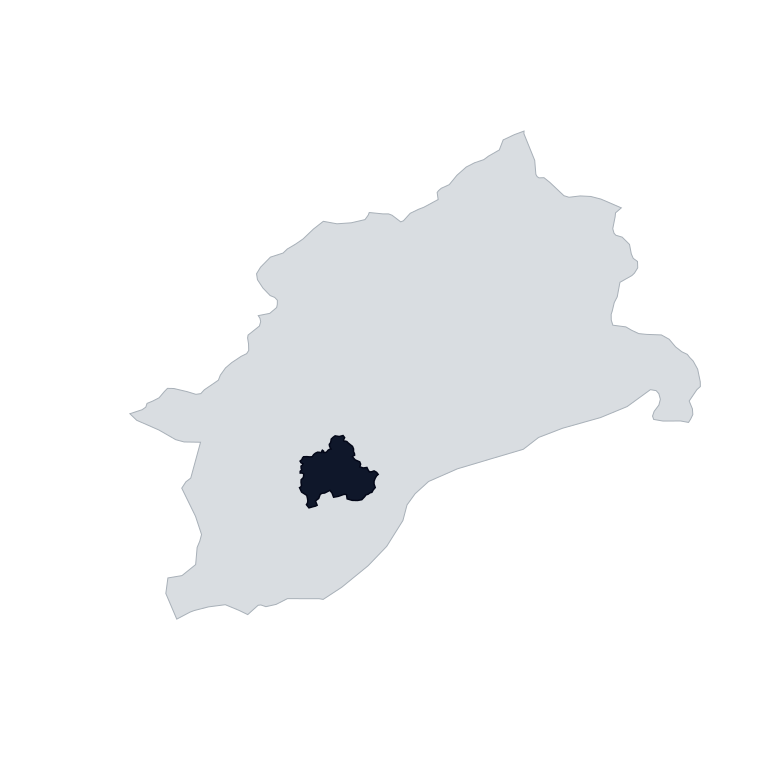 Targovishte on a map of Bulgaria (Robinson projection), rotated 153°
{"feature_id": "BGR-2257", "entity_name": "Targovishte", "entity_type": "Province", "adm_level": 1, "iso_a3": "BGR", "parent_name": "Bulgaria", "parent_adm1": "", "projection": "robinson", "projection_center": [26.357, 43.248], "detail": "fine", "context": "in_parent", "style": "filled", "palette": "ink", "viewbox_px": 768, "rotation_deg": 153, "n_neighbors": 0, "source": "natural_earth", "source_scale": "10m", "svg_char_len": 3697}
<svg xmlns="http://www.w3.org/2000/svg" viewBox="0 0 768 768"><g transform="rotate(153 384 384)"><path d="M623.9,472.9L611.2,470.9L606.8,471.5L603.9,474.3L598.0,473.8L590.7,473.8L583.1,477.0L578.9,478.4L573.3,475.4L562.7,466.4L556.3,460.2L551.6,458.6L546.8,460.4L529.8,462.6L525.8,466.2L517.9,470.3L510.0,472.2L498.6,473.5L492.6,473.4L489.3,475.3L486.5,481.2L484.6,487.0L482.9,489.3L468.7,492.2L465.6,495.5L464.7,498.7L465.0,502.0L453.7,498.8L444.9,500.9L442.9,503.4L441.0,507.0L442.1,510.8L445.3,514.5L448.3,524.4L449.4,534.4L447.5,540.1L441.0,544.1L427.6,548.6L414.5,546.5L408.8,548.2L399.1,548.8L390.2,550.0L376.5,554.1L364.2,556.5L353.2,548.1L340.0,542.5L326.3,539.1L321.4,541.6L319.3,543.5L307.8,536.1L302.7,533.5L300.2,530.7L295.5,520.9L292.6,520.6L283.1,524.2L273.9,524.0L268.4,523.4L252.0,523.8L249.7,530.5L247.7,531.5L244.1,532.4L235.4,532.0L224.2,536.9L212.2,540.0L202.8,540.0L193.2,538.6L187.4,539.6L175.0,540.2L167.0,547.4L154.7,547.0L144.4,545.8L145.7,543.5L148.2,514.8L153.5,501.9L153.4,499.3L152.3,497.3L147.8,495.2L144.7,488.3L138.2,470.1L134.4,466.4L123.8,462.5L114.6,457.2L106.8,450.3L92.6,433.2L100.0,431.4L102.2,428.0L109.7,418.5L110.6,413.9L109.9,411.3L105.1,406.7L101.9,396.9L104.6,387.6L104.9,382.8L102.5,378.1L105.2,372.3L110.5,369.1L113.8,368.1L127.6,367.5L136.6,355.8L141.9,352.0L147.5,345.4L150.0,342.9L152.5,337.8L153.4,332.5L142.6,325.1L139.0,319.5L134.2,313.3L127.7,309.1L114.6,301.8L109.6,294.4L107.4,284.8L104.0,277.5L100.3,272.7L99.6,268.9L98.1,264.1L97.8,254.8L101.2,242.4L103.3,238.1L107.8,236.9L119.8,230.3L120.5,221.8L122.7,216.6L126.6,213.6L130.1,211.5L136.5,216.4L152.2,224.3L159.8,230.0L159.3,233.5L155.7,237.0L148.7,240.4L144.7,244.9L143.5,250.6L144.5,254.5L149.2,258.0L177.6,253.5L206.4,255.8L244.9,263.5L270.5,266.2L289.5,262.6L324.5,269.1L357.1,275.1L388.5,276.9L406.1,272.1L418.4,265.8L429.1,253.8L455.3,238.1L480.6,229.3L513.9,222.1L536.0,219.7L539.2,222.1L567.5,236.6L580.1,236.6L590.3,239.2L594.0,243.0L596.6,244.0L610.1,240.4L616.1,248.3L625.6,259.4L641.6,265.1L655.9,268.3L660.3,268.8L675.4,268.6L673.5,296.4L664.6,309.3L651.0,305.0L633.8,308.6L624.7,323.2L619.5,327.6L614.9,332.7L612.0,351.7L611.5,383.0L604.9,386.8L598.9,387.9L573.9,415.4L588.4,423.1L594.9,429.0L605.6,445.4L620.8,463.9L623.9,472.9Z" fill="#d9dde1" stroke="#a8b0b8" stroke-width="1"/><path d="M469.0,353.0L468.3,351.7L468.8,350.3L466.4,349.3L463.9,350.4L462.3,350.5L460.7,350.1L460.8,351.8L460.7,353.6L460.1,355.1L458.5,355.8L457.2,357.2L456.0,358.9L453.6,359.6L451.1,360.0L447.7,357.5L443.9,356.7L443.4,354.1L445.5,352.5L445.5,351.0L444.3,350.6L443.2,349.6L442.7,347.8L441.6,345.3L440.4,342.8L440.6,340.0L441.9,337.5L441.9,335.5L442.5,333.9L443.9,333.9L445.2,333.6L444.1,329.4L441.0,325.7L441.2,323.2L443.2,321.2L440.6,318.6L437.1,317.4L437.2,314.8L436.9,312.3L434.8,311.4L432.3,311.1L430.7,308.7L430.2,306.1L432.4,305.5L434.8,303.9L437.0,301.9L438.3,299.4L438.8,295.7L441.7,294.5L443.9,293.0L446.1,293.4L448.1,293.0L450.5,293.4L452.3,292.4L456.3,291.0L460.4,292.2L465.2,294.8L469.0,298.4L467.6,302.5L468.7,303.3L470.0,303.9L475.6,304.6L480.3,306.0L479.8,310.5L480.5,313.8L486.4,313.8L488.6,314.7L490.9,314.7L494.2,311.6L496.2,311.3L498.2,310.8L498.6,306.3L500.5,306.3L502.5,306.8L507.1,307.7L507.9,311.7L506.1,312.8L504.9,314.5L504.0,317.2L503.4,319.9L506.5,325.1L506.3,330.0L505.0,330.0L503.6,331.0L502.6,334.0L501.3,336.3L498.3,337.3L496.3,340.2L497.3,341.8L499.1,342.7L498.3,344.3L496.3,344.8L496.1,346.5L495.2,348.5L493.6,348.7L492.4,349.8L493.7,351.4L493.8,353.4L491.5,353.9L490.2,355.1L488.7,355.7L485.7,354.3L483.0,352.6L480.9,351.8L478.8,353.0L476.5,353.5L474.1,353.4L470.6,351.2L469.9,352.4L469.0,353.0Z" fill="#0f172a" stroke="#020617" stroke-width="1.5"/></g></svg>